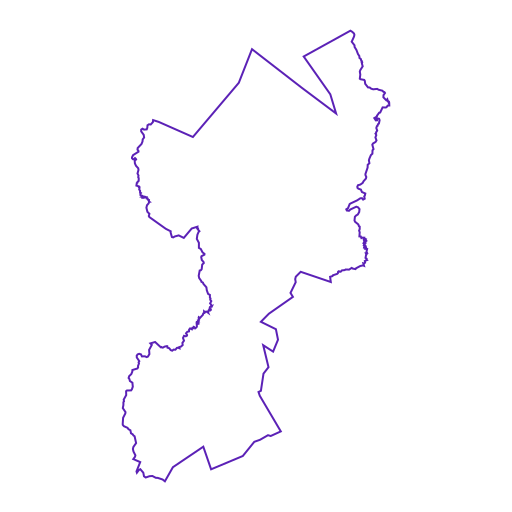 Guazapares, Chihuahua, Mexico (Mercator projection)
{"feature_id": "50627088B41160279042816", "entity_name": "Guazapares", "entity_type": "district", "adm_level": 2, "iso_a3": "MEX", "parent_name": "Mexico", "parent_adm1": "Chihuahua", "projection": "mercator", "projection_center": [-108.298, 27.372], "detail": "fine", "context": "isolated", "style": "outline", "palette": "violet", "viewbox_px": 512, "rotation_deg": 0, "n_neighbors": 0, "source": "geoboundaries", "source_scale": "gbopen_adm2", "svg_char_len": 6082}
<svg xmlns="http://www.w3.org/2000/svg" viewBox="0 0 512 512"><path d="M136.9,472.7L138.8,470.1L140.3,469.2L143.3,472.7L144.0,476.3L145.7,477.5L149.5,476.2L152.4,476.0L155.8,477.8L157.8,477.9L162.6,479.5L164.9,481.3L172.9,467.2L203.3,446.7L211.1,469.3L242.8,456.0L254.3,441.8L260.0,439.8L268.0,435.2L270.7,436.0L280.8,431.4L259.8,395.8L258.5,392.0L260.9,390.8L263.5,373.6L268.5,367.2L263.2,345.2L273.1,351.6L278.0,339.7L275.9,329.2L260.9,321.8L268.9,313.7L292.9,296.9L290.5,292.9L295.7,282.2L295.2,279.1L295.8,276.7L300.7,271.8L330.8,282.0L330.1,276.8L332.5,276.1L332.9,275.3L337.1,273.9L337.9,273.2L338.1,271.7L338.9,271.2L339.8,271.8L340.7,271.7L341.9,270.4L344.7,270.1L345.6,269.5L349.1,269.6L351.7,267.9L352.8,268.6L355.5,269.1L356.0,268.3L360.3,266.0L363.0,265.4L364.0,265.8L363.3,263.3L364.1,263.5L365.1,262.6L364.8,261.0L367.0,260.1L366.4,259.5L366.6,258.7L365.5,257.9L366.1,254.8L366.5,254.5L365.8,253.2L367.1,253.0L366.5,251.8L367.1,249.0L365.9,248.9L366.3,248.5L365.9,247.0L364.6,247.9L364.0,247.7L364.2,246.8L365.4,245.7L365.1,245.2L363.9,245.1L364.4,243.7L363.5,243.2L364.0,242.2L364.7,243.3L365.5,243.0L365.3,241.7L366.3,240.9L365.4,240.1L365.9,239.2L365.3,238.9L364.8,239.3L364.1,240.6L363.7,239.7L364.2,237.7L362.6,237.6L361.4,238.1L360.8,236.5L359.4,236.4L359.7,232.3L359.1,230.6L359.7,229.1L359.7,226.6L358.9,226.1L358.3,224.4L355.1,221.8L354.5,220.5L354.9,216.8L356.1,215.5L357.8,214.5L359.2,212.0L359.5,209.1L358.0,207.3L356.3,206.7L350.3,209.5L349.0,210.8L346.8,210.5L346.3,209.3L348.0,208.2L349.7,204.0L350.7,203.4L357.1,200.4L360.3,198.3L362.0,198.2L363.1,199.6L364.7,198.7L364.2,196.4L364.8,195.7L365.3,193.5L361.9,192.0L360.9,189.6L358.4,188.7L357.5,187.9L357.3,186.7L358.0,185.2L360.3,184.6L362.7,182.9L363.5,181.3L365.9,178.6L366.3,177.0L365.5,175.2L365.4,174.1L367.6,167.6L367.7,164.8L369.4,163.2L368.9,160.3L369.4,158.6L370.9,155.1L372.4,153.7L372.5,150.3L373.5,149.1L372.3,144.7L373.0,143.5L375.5,142.0L376.5,140.4L375.4,137.4L376.3,135.1L375.5,133.6L376.1,133.1L376.1,132.3L377.2,130.6L376.3,128.0L376.9,126.1L377.6,125.8L377.9,124.3L378.9,123.6L379.6,120.2L379.1,118.8L377.9,118.5L376.8,118.7L377.0,120.3L375.8,120.4L374.3,118.1L376.9,116.5L376.9,115.8L379.2,112.7L380.2,112.5L382.6,107.4L385.7,107.5L386.5,107.2L387.7,105.6L389.3,105.5L389.2,102.7L389.1,102.3L388.7,102.5L388.4,101.3L387.9,101.3L387.3,99.2L386.3,100.3L383.4,97.3L383.5,95.1L385.0,93.0L384.4,92.1L383.5,91.9L382.4,90.7L378.5,89.7L377.2,88.9L373.2,89.3L371.2,88.7L369.7,87.5L368.0,87.4L365.2,83.8L364.8,80.8L364.2,79.9L360.4,79.2L359.8,78.7L360.3,74.6L359.8,71.6L360.3,70.1L362.7,66.3L361.9,63.6L362.2,62.4L361.6,62.0L361.9,61.2L361.2,60.6L360.9,59.1L359.5,58.0L359.3,56.0L358.0,54.1L356.4,49.9L354.6,47.0L354.5,45.3L351.7,41.7L354.0,36.6L354.4,34.8L354.0,33.5L352.2,31.8L350.4,30.7L303.7,56.5L330.3,94.3L336.1,113.5L301.7,87.7L252.0,49.2L238.8,82.8L192.9,137.0L158.7,121.9L153.1,120.1L152.9,122.1L150.7,124.5L149.0,124.3L147.5,125.3L147.3,127.8L146.7,129.4L144.0,129.6L142.5,128.7L141.2,129.6L141.2,131.4L143.7,134.8L144.1,137.5L142.7,139.4L142.5,141.5L141.5,144.0L137.7,148.0L137.5,149.7L138.4,150.8L138.5,151.7L133.1,155.1L132.0,157.3L132.0,158.2L132.9,159.2L133.7,159.3L135.0,158.1L135.8,158.8L136.1,159.5L135.0,160.2L134.7,160.8L134.9,163.4L136.0,165.8L138.2,168.2L138.5,169.9L137.5,173.5L138.5,175.5L138.2,177.2L138.7,178.1L138.7,180.5L138.5,181.2L137.6,181.7L137.4,182.7L136.8,183.0L136.4,185.6L139.0,186.4L139.4,186.9L139.0,187.4L139.5,187.9L139.2,189.5L140.1,190.8L140.0,192.2L140.9,193.0L140.3,193.6L140.5,195.2L142.5,195.9L142.7,196.7L142.0,197.0L142.7,197.2L142.5,197.8L143.6,197.8L144.3,196.6L145.1,196.8L144.9,197.5L146.8,197.3L146.8,198.5L147.7,198.6L147.9,199.7L149.0,200.0L148.9,201.5L149.5,201.9L149.1,202.0L148.6,203.4L147.0,205.2L146.4,207.7L147.4,211.8L149.4,213.8L148.8,216.0L149.4,217.1L165.8,228.8L170.7,231.3L170.6,232.5L171.9,237.0L173.2,237.4L174.7,236.5L178.7,235.4L183.8,237.9L191.7,228.5L197.4,226.7L197.2,228.2L197.9,228.3L198.1,228.8L197.8,229.3L199.4,231.2L198.6,231.9L197.4,234.7L196.8,238.9L198.9,242.8L198.9,247.9L200.8,249.0L202.5,252.3L204.5,253.9L204.4,254.7L201.5,256.2L201.2,257.1L201.8,260.0L203.5,261.9L203.8,263.0L202.2,264.6L201.7,269.1L200.9,270.2L199.7,270.5L198.7,275.8L199.2,278.1L201.2,280.9L201.4,281.8L202.9,282.6L203.5,284.0L206.4,287.3L206.8,290.3L208.1,293.9L209.9,294.9L209.9,297.7L210.5,298.4L210.2,299.7L211.3,301.1L210.1,303.4L211.0,304.5L211.4,306.0L212.1,305.8L211.6,306.8L210.6,306.6L209.9,307.1L209.5,308.9L210.7,309.1L210.9,309.8L210.2,310.4L209.5,309.8L208.8,310.1L208.5,311.4L207.6,311.5L208.1,312.7L206.9,311.8L205.3,311.7L205.0,312.2L204.1,311.4L204.1,313.1L203.2,313.5L202.9,314.8L199.9,318.0L198.8,317.2L198.6,317.9L199.3,318.8L198.7,319.4L198.9,320.0L198.0,320.4L198.7,321.7L196.0,322.1L198.0,322.8L198.5,323.7L197.6,324.1L197.3,323.1L196.6,323.2L196.9,326.4L196.5,327.3L195.1,328.4L194.0,326.9L193.6,326.8L193.1,328.2L192.3,328.0L191.9,329.3L190.1,328.4L189.1,329.6L189.0,331.4L187.3,331.8L186.0,333.3L187.1,335.0L187.0,335.6L185.8,336.3L184.0,335.8L183.0,338.0L184.0,340.7L182.4,342.9L182.7,345.0L181.1,346.5L179.3,347.1L179.5,348.3L178.0,347.7L176.9,347.9L175.4,349.7L173.6,349.6L172.2,350.7L170.7,350.1L169.2,348.2L167.5,347.7L167.3,346.2L167.0,346.1L164.6,346.6L162.9,347.6L162.2,347.6L161.5,347.0L160.8,347.3L155.1,342.0L150.4,343.4L151.8,344.9L149.1,349.9L149.4,354.1L147.9,356.6L146.7,357.1L144.9,356.3L141.9,356.4L141.0,354.4L139.2,353.8L137.6,354.4L136.7,355.7L136.8,357.5L139.3,361.2L138.6,362.3L139.0,363.4L138.0,366.0L138.1,367.4L137.4,368.5L132.4,370.0L132.3,371.6L131.3,374.1L129.2,376.1L128.6,378.0L129.4,379.0L129.9,381.0L132.4,382.7L132.8,386.7L131.9,389.3L131.1,390.4L126.9,390.5L126.1,391.2L126.2,395.1L123.7,399.6L124.0,401.3L123.4,402.2L123.4,405.0L122.8,408.1L125.5,412.1L125.3,413.5L123.1,417.8L122.7,424.1L122.8,424.9L123.9,426.2L127.5,427.8L128.5,429.2L130.4,430.3L131.0,433.3L132.7,434.3L133.4,435.4L134.6,436.3L136.1,443.1L133.4,446.9L132.9,449.0L133.5,451.6L135.4,455.3L135.0,456.8L133.3,459.1L140.2,462.1L136.5,471.4L136.9,472.7Z" fill="none" stroke="#5b21b6" stroke-width="2"/></svg>